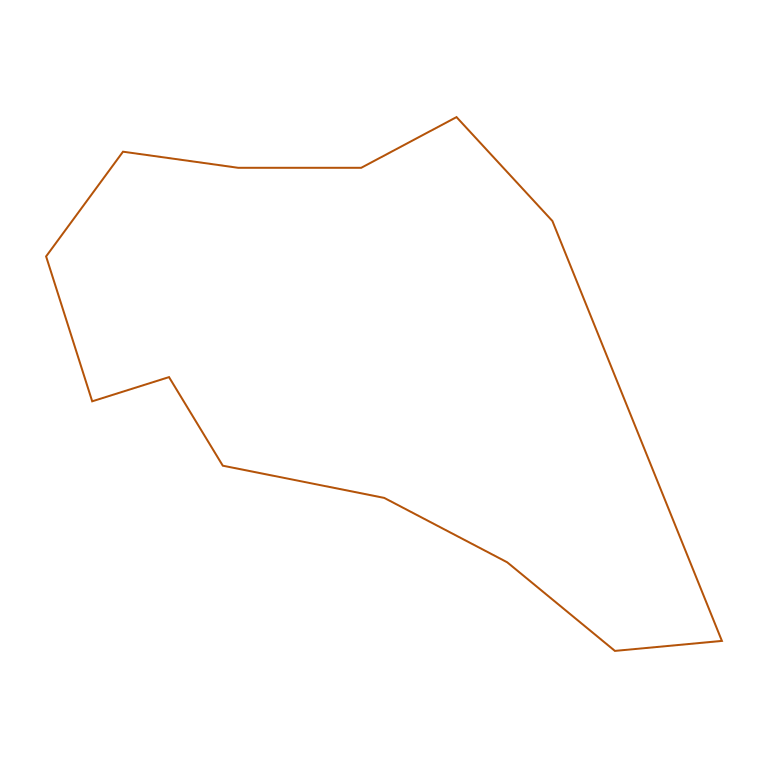 Saint Peter Basseterre, Albers equal-area conic projection
{"feature_id": "KNA-5109", "entity_name": "Saint Peter Basseterre", "entity_type": "Parish", "adm_level": 1, "iso_a3": "KNA", "parent_name": "Saint Kitts and Nevis", "parent_adm1": "", "projection": "albers", "projection_center": [-62.712, 17.32], "detail": "fine", "context": "isolated", "style": "outline", "palette": "amber", "viewbox_px": 768, "rotation_deg": 0, "n_neighbors": 0, "source": "natural_earth", "source_scale": "10m", "svg_char_len": 293}
<svg xmlns="http://www.w3.org/2000/svg" viewBox="0 0 768 768"><path d="M456.5,117.1L552.4,221.0L721.9,640.9L614.9,650.9L507.2,562.3L384.2,497.9L222.8,465.7L169.0,377.1L92.2,401.3L46.1,256.4L123.0,151.7L238.2,167.8L361.2,167.8L456.5,117.1Z" fill="none" stroke="#b45309" stroke-width="2"/></svg>